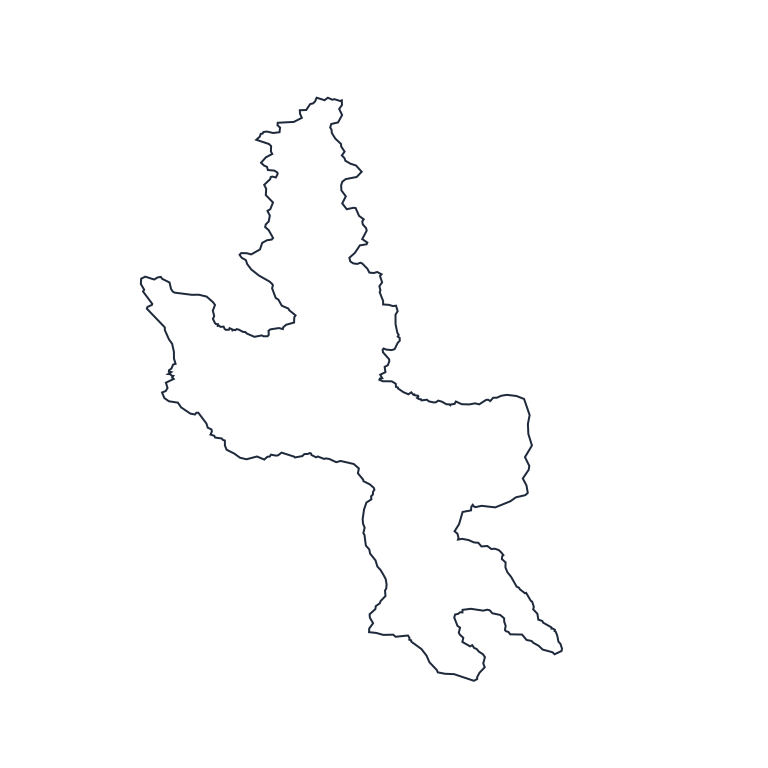 outline of Parinacochas, Ayacucho, Peru, rotated 292°
{"feature_id": "86281439B29784244980740", "entity_name": "Parinacochas", "entity_type": "district", "adm_level": 2, "iso_a3": "PER", "parent_name": "Peru", "parent_adm1": "Ayacucho", "projection": "equal_earth", "projection_center": [-73.675, -15.069], "detail": "fine", "context": "isolated", "style": "outline", "palette": "slate", "viewbox_px": 768, "rotation_deg": 292, "n_neighbors": 0, "source": "geoboundaries", "source_scale": "gbopen_adm2", "svg_char_len": 6166}
<svg xmlns="http://www.w3.org/2000/svg" viewBox="0 0 768 768"><g transform="rotate(292 384 384)"><path d="M390.7,119.4L385.6,121.1L381.6,126.3L379.5,125.9L371.5,139.1L370.4,139.2L366.8,135.8L365.0,135.9L354.4,159.5L351.8,160.7L344.9,167.8L341.9,172.5L335.2,177.1L328.8,179.8L324.6,183.2L323.1,181.2L318.5,181.1L316.2,179.5L314.9,179.9L315.3,182.2L312.4,180.2L313.0,182.3L312.1,184.2L312.5,185.6L310.6,185.2L309.9,187.1L303.5,181.3L299.2,184.8L295.8,184.3L293.0,181.4L288.7,185.6L287.4,191.0L289.5,199.9L286.3,204.7L284.0,215.6L284.9,220.1L287.1,220.8L287.8,222.6L280.8,234.2L277.5,236.9L277.2,241.1L275.6,242.2L272.1,242.1L272.4,245.9L271.1,247.6L272.7,253.9L271.8,255.7L272.0,257.6L267.3,259.6L264.1,262.7L263.4,271.2L261.7,278.1L262.7,284.7L269.2,293.4L269.1,301.3L272.8,303.1L274.0,305.3L276.1,305.6L277.2,310.9L278.3,312.6L282.0,314.7L283.0,328.0L282.5,328.9L286.6,335.3L289.2,336.4L290.6,339.6L292.2,341.1L292.2,342.4L291.0,343.4L290.6,348.5L292.0,349.8L292.1,356.6L293.2,357.8L294.0,361.4L293.6,369.0L296.4,372.6L298.5,385.9L296.3,392.3L291.4,393.3L287.5,400.5L286.2,401.3L285.6,408.6L283.9,413.4L282.4,414.7L280.0,414.2L277.3,415.1L275.0,414.1L272.3,415.5L267.5,412.1L260.2,412.5L250.8,414.8L246.6,416.9L243.5,419.9L238.0,420.7L236.8,422.4L227.4,427.7L225.1,432.3L221.5,434.7L217.3,442.2L212.3,446.2L210.3,450.4L206.5,455.4L203.7,458.7L199.1,461.5L195.1,462.7L192.9,462.3L188.0,464.8L181.6,462.2L179.0,462.2L175.0,459.6L172.0,460.3L165.1,456.9L162.1,458.4L158.1,463.5L151.8,461.9L148.3,463.1L150.3,470.1L151.1,477.3L155.0,486.4L154.0,489.5L159.8,500.4L158.1,502.8L156.4,503.2L156.5,505.2L155.3,505.9L152.3,518.0L148.0,525.3L143.0,530.4L138.6,540.1L136.8,541.9L138.2,549.2L141.2,557.5L142.5,578.5L145.3,580.9L147.2,580.2L152.0,580.7L159.1,583.5L162.1,580.7L168.6,579.9L170.5,576.9L171.4,572.3L173.0,569.2L173.0,566.5L174.9,563.6L173.0,562.1L174.2,553.3L178.4,552.6L180.0,548.2L181.5,546.5L186.6,545.8L187.3,542.7L193.8,536.6L196.9,536.3L198.6,538.8L200.9,540.1L201.6,542.3L204.0,541.4L208.1,548.7L211.0,560.8L213.4,564.3L213.8,566.8L212.0,570.3L213.4,578.2L211.7,583.2L208.8,584.4L205.3,587.4L201.2,588.3L200.5,589.6L200.7,592.3L199.2,594.8L203.4,605.9L200.1,612.0L201.0,617.1L200.0,619.2L199.2,625.6L197.2,630.5L198.4,640.7L197.3,643.4L202.9,648.6L205.3,648.2L209.1,645.0L210.5,642.2L215.2,639.2L218.7,636.0L218.8,634.7L220.1,634.5L220.5,631.5L220.0,630.9L221.1,630.2L222.3,621.0L223.6,619.5L223.3,615.4L228.4,612.3L231.0,606.7L233.5,606.4L237.7,602.9L238.0,601.3L243.6,594.0L242.8,593.1L244.5,587.0L245.7,585.3L245.8,582.9L252.8,574.1L255.7,568.9L259.4,565.3L264.1,563.6L265.9,558.8L268.8,558.1L270.1,558.8L271.7,555.9L273.0,552.7L272.8,548.5L271.2,545.3L272.5,540.5L269.9,535.2L272.1,530.9L270.8,526.7L271.0,520.8L269.7,514.5L267.5,510.9L269.1,510.8L272.7,508.2L273.9,504.6L282.2,506.1L294.8,504.8L299.4,512.0L302.8,511.0L305.2,511.5L304.1,513.4L304.2,515.1L307.6,520.1L311.3,533.4L322.6,545.1L328.3,548.7L333.9,556.7L336.9,558.1L343.3,554.1L348.4,548.1L358.7,550.3L362.5,549.4L369.0,542.1L382.4,544.2L391.7,536.6L400.8,532.4L409.7,530.7L422.6,519.5L422.5,511.3L420.0,502.1L417.1,497.2L413.5,493.7L412.2,490.4L408.0,488.9L408.4,486.4L407.5,484.6L400.8,479.9L400.2,475.7L397.0,470.7L394.4,463.7L394.7,457.2L392.0,456.9L390.1,453.7L389.1,453.5L389.6,452.1L388.6,449.5L389.3,444.3L388.9,440.5L386.5,439.0L385.6,437.2L384.7,432.1L385.5,429.7L382.8,424.8L383.7,423.9L383.1,422.2L383.5,419.9L385.1,420.6L385.9,419.9L385.1,417.0L385.7,416.0L385.0,415.3L386.5,412.4L383.6,410.5L383.7,405.1L385.1,398.7L386.0,398.0L385.8,396.2L388.6,394.8L389.4,390.2L386.1,381.9L386.2,378.1L387.6,378.2L388.7,380.2L391.2,377.0L395.5,380.9L400.1,378.2L402.9,380.5L407.1,380.4L408.9,379.4L413.0,371.2L415.2,369.9L416.8,370.4L416.7,373.0L418.3,378.4L420.3,380.8L427.3,381.3L430.0,382.4L432.7,381.2L433.1,379.0L435.0,379.2L436.6,377.1L443.8,372.3L452.6,368.7L456.6,369.4L461.1,365.8L459.6,363.1L459.2,358.7L457.4,353.4L460.6,352.1L467.5,345.6L469.5,345.6L472.9,343.1L477.5,344.2L482.7,339.8L484.8,340.6L485.3,335.7L483.1,333.0L481.8,328.7L484.6,325.5L487.6,318.6L487.6,316.7L485.3,314.2L484.3,310.3L485.0,306.9L488.0,304.6L494.7,307.9L503.5,309.7L507.0,315.5L508.9,315.6L510.2,309.5L519.7,310.5L521.7,309.1L524.1,304.5L526.7,302.9L529.1,303.5L530.5,297.9L536.5,291.8L535.9,289.6L532.1,284.0L535.8,277.6L543.7,278.3L547.6,271.9L552.3,269.8L556.0,269.6L559.6,271.7L565.7,281.1L572.4,283.8L576.1,276.2L575.7,270.5L576.5,264.6L578.7,262.6L580.1,259.3L584.7,260.4L588.2,255.3L590.4,254.3L593.3,246.9L597.1,241.7L600.2,240.0L601.7,238.0L605.3,237.7L609.3,243.4L617.7,244.4L622.2,239.4L627.0,240.5L631.2,238.6L630.0,237.5L629.5,231.3L628.2,229.5L628.4,224.7L624.9,222.6L624.2,214.3L620.1,214.2L617.7,213.2L615.9,210.7L608.9,209.2L606.3,203.4L603.1,204.9L600.0,208.1L593.2,202.2L586.4,187.6L584.0,188.3L582.8,191.6L578.3,192.8L575.2,187.2L574.2,180.8L572.4,177.8L570.7,177.6L569.7,176.0L566.8,176.2L562.6,174.1L563.4,187.5L562.3,190.2L557.3,192.0L555.4,194.2L550.0,189.6L543.1,187.1L541.6,190.9L541.5,194.1L538.9,196.2L540.8,202.4L540.1,206.0L539.0,206.7L535.0,206.4L534.5,202.8L533.5,201.5L531.2,201.7L523.8,198.3L520.8,201.7L514.9,203.6L510.7,213.1L503.5,213.1L500.9,211.1L497.3,215.1L491.5,216.2L487.7,214.6L485.0,215.0L483.4,219.5L477.8,226.5L475.9,225.8L473.4,221.6L469.2,218.2L462.3,218.6L454.4,212.3L453.9,207.8L451.8,202.5L449.7,201.7L447.7,204.8L447.1,209.5L443.9,212.3L440.5,218.0L437.7,227.4L436.1,239.6L434.8,242.9L434.0,244.0L430.8,244.4L423.2,251.4L422.7,254.4L418.3,259.9L418.1,267.1L416.9,268.5L414.5,276.3L412.2,275.8L407.3,277.6L402.3,271.1L398.8,269.3L397.0,269.6L396.5,265.6L392.1,258.2L390.1,257.0L386.5,258.7L384.7,258.2L383.1,254.4L383.3,252.5L379.2,246.2L379.4,238.0L380.2,235.8L379.5,233.9L380.0,228.9L379.7,226.8L378.3,226.1L377.9,224.2L376.9,223.4L377.8,222.6L377.9,219.9L376.3,219.9L375.0,217.2L375.3,215.7L377.1,213.8L375.7,210.9L376.3,209.2L375.6,208.1L377.2,207.6L376.6,205.7L377.2,204.4L380.3,201.0L383.4,201.1L387.9,197.8L394.0,197.7L395.8,194.8L398.6,186.8L397.4,178.8L394.7,172.4L390.3,155.7L390.5,153.6L392.4,150.9L397.8,147.1L398.4,139.0L399.7,136.9L398.0,134.2L394.8,131.8L394.1,122.5L390.7,119.4Z" fill="none" stroke="#1e293b" stroke-width="2"/></g></svg>